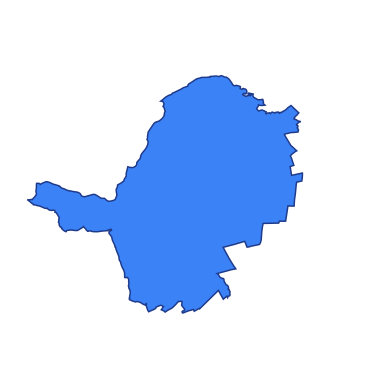 outline of General Berthelot, Hunedoara, Romania, rotated 321°
{"feature_id": "2599482B14034373036308", "entity_name": "General Berthelot", "entity_type": "district", "adm_level": 2, "iso_a3": "ROU", "parent_name": "Romania", "parent_adm1": "Hunedoara", "projection": "equal_earth", "projection_center": [22.874, 45.611], "detail": "fine", "context": "isolated", "style": "filled", "palette": "blue", "viewbox_px": 384, "rotation_deg": 321, "n_neighbors": 0, "source": "geoboundaries", "source_scale": "gbopen_adm2", "svg_char_len": 5984}
<svg xmlns="http://www.w3.org/2000/svg" viewBox="0 0 384 384"><g transform="rotate(321 192 192)"><path d="M299.3,225.9L298.1,217.9L299.8,206.0L300.3,205.3L306.3,208.1L309.9,210.7L312.3,212.1L312.9,211.2L313.7,211.0L313.9,210.5L314.1,209.3L313.9,208.6L314.0,208.3L315.0,208.2L315.9,207.4L315.9,206.6L315.5,206.2L315.4,205.9L315.6,205.4L318.6,205.0L319.3,205.1L320.1,205.6L320.4,205.5L320.4,204.9L320.2,204.7L319.3,204.0L318.6,201.8L317.3,199.2L319.9,198.3L321.5,198.3L324.8,197.7L323.4,187.1L319.6,186.8L317.7,187.1L316.3,187.1L312.6,186.6L312.6,186.4L311.5,186.5L310.4,185.5L309.6,186.0L309.5,185.9L309.2,183.9L308.7,183.8L307.3,182.8L306.5,182.9L306.1,182.7L305.9,182.5L305.7,182.0L305.3,181.5L305.1,181.0L304.5,180.3L302.2,180.3L302.1,180.1L302.2,179.7L302.1,179.2L300.8,178.6L300.3,178.1L299.1,178.0L298.7,177.7L298.7,177.4L300.1,176.3L299.5,175.3L299.2,174.5L298.2,172.6L297.8,172.2L297.2,171.8L295.0,171.2L294.7,170.9L294.6,167.9L296.9,167.2L298.7,166.2L298.9,167.0L299.1,167.3L301.4,169.2L303.4,170.4L303.1,168.2L303.4,167.6L304.3,166.9L304.7,165.8L305.2,164.9L305.2,164.6L304.9,164.1L303.9,163.9L302.4,162.6L301.5,162.2L300.9,160.8L299.5,157.0L299.8,155.7L300.2,155.0L300.9,154.8L301.2,154.4L300.9,153.9L298.0,150.5L297.6,150.5L297.4,151.0L297.5,151.4L299.0,153.2L299.1,153.5L298.7,153.9L298.2,153.9L295.7,151.9L294.5,152.0L294.0,151.4L292.7,148.6L292.8,148.1L294.3,147.9L295.2,149.5L295.5,149.7L295.9,149.6L298.0,148.3L298.5,146.6L298.2,145.5L297.3,144.6L297.3,144.2L297.1,143.9L296.6,143.6L295.4,143.6L294.6,142.2L294.5,141.9L294.8,141.5L295.8,140.9L295.9,140.4L295.7,140.0L294.4,138.1L293.3,136.8L292.4,136.6L291.9,136.2L291.2,134.8L291.3,134.2L291.1,134.1L291.6,132.1L291.8,127.4L291.1,124.6L289.5,122.9L288.6,120.9L287.9,120.0L287.0,119.6L285.6,119.3L284.3,117.6L283.4,116.8L278.9,113.7L278.4,114.1L278.1,114.1L277.5,113.5L277.6,113.4L277.4,113.3L275.8,112.3L271.3,108.8L269.7,108.4L268.1,107.5L266.2,106.9L260.4,106.4L257.7,106.0L256.2,106.3L255.8,107.0L255.1,107.0L250.8,105.5L247.4,105.0L240.1,103.3L239.3,102.9L237.0,103.2L235.1,102.3L231.4,101.7L226.0,101.8L224.9,101.7L226.2,103.4L226.3,104.1L225.7,105.8L224.7,106.7L223.3,107.3L223.4,108.1L223.2,109.4L221.8,112.6L221.4,112.6L220.4,113.2L219.3,114.2L219.4,114.3L218.9,114.9L216.5,115.8L215.3,116.1L211.3,116.2L207.5,114.8L205.5,114.8L195.7,117.8L192.3,120.9L191.7,121.8L190.9,122.4L190.0,122.9L190.0,124.6L188.2,126.7L187.6,127.2L184.5,128.8L182.3,129.5L178.2,130.3L176.5,130.8L175.5,131.3L174.1,132.3L173.3,133.1L172.8,133.3L167.8,134.3L166.3,135.8L165.7,136.2L163.6,136.4L161.8,136.0L161.1,135.6L159.1,133.6L158.0,132.0L152.7,136.0L150.8,138.3L148.1,139.2L147.0,139.7L145.9,140.5L142.6,140.4L138.6,139.7L137.2,141.1L134.8,142.2L134.1,143.0L131.8,146.9L130.7,147.8L127.5,149.5L126.0,149.2L123.6,148.2L121.2,146.6L120.4,144.6L120.1,142.0L117.4,139.6L116.2,135.8L115.1,133.0L113.8,131.7L105.7,128.2L104.0,126.3L103.7,125.1L104.1,123.3L104.0,122.6L103.6,121.4L103.1,120.4L102.2,119.3L100.2,117.2L98.5,115.0L97.4,113.9L95.8,111.6L94.9,109.5L94.1,108.5L93.9,107.8L93.3,107.3L93.1,106.8L92.8,104.1L92.5,104.1L92.1,102.8L89.0,98.4L87.2,94.7L85.7,92.7L84.9,92.1L80.6,90.8L78.8,90.6L78.9,90.2L78.9,89.7L78.7,89.3L77.6,88.1L76.9,87.8L76.6,87.5L74.8,89.4L74.2,90.3L71.0,93.4L70.0,95.5L69.0,96.2L68.9,96.1L66.8,96.8L64.6,97.0L63.1,97.4L62.9,97.3L62.4,96.6L60.4,95.6L59.2,94.3L59.8,96.6L60.3,99.4L61.0,102.0L60.8,102.2L62.3,103.7L63.5,105.6L64.3,106.4L65.1,107.6L67.0,111.3L67.6,112.2L68.2,112.9L69.3,113.6L69.2,114.2L69.7,116.1L70.2,116.8L71.3,117.9L73.4,119.3L73.6,120.0L73.5,120.9L72.7,121.6L73.5,122.5L72.7,128.5L72.3,128.5L69.0,131.7L69.1,132.6L69.0,133.0L68.5,133.6L68.0,134.0L67.6,136.4L68.1,136.8L68.3,137.5L68.1,137.9L67.7,138.2L67.7,138.8L68.0,140.9L68.7,143.0L69.3,143.6L70.0,143.1L70.6,143.2L74.0,145.3L77.2,148.6L78.9,149.9L84.7,150.7L85.9,150.5L86.1,154.1L85.9,155.2L86.2,156.8L86.5,157.1L87.5,157.5L88.2,158.0L89.1,159.1L90.1,160.5L93.4,163.3L97.7,165.9L102.2,169.0L102.3,168.6L105.6,169.9L105.6,170.6L105.4,171.1L104.6,170.9L104.5,170.6L102.6,170.8L102.1,171.1L101.4,172.2L101.5,174.7L101.2,176.5L99.8,179.4L99.1,182.2L98.7,184.0L97.9,185.7L97.7,186.3L97.9,186.3L97.9,186.7L97.7,187.3L96.7,189.1L96.5,189.9L94.9,195.0L94.4,196.4L92.7,199.0L92.5,199.8L92.6,200.9L91.2,204.0L90.4,206.5L89.6,210.3L88.8,212.2L85.9,216.1L86.7,217.0L88.0,217.6L88.1,218.5L87.9,219.6L87.5,220.6L86.3,221.8L85.7,223.1L83.5,225.0L82.2,227.5L82.4,228.1L81.3,230.5L80.0,232.0L76.4,235.2L76.6,235.3L75.9,235.9L75.7,236.2L75.8,236.7L77.2,239.4L78.9,241.9L80.2,242.4L81.7,244.2L82.7,246.2L83.2,248.0L84.4,250.3L86.7,249.7L84.9,251.4L83.2,256.0L83.0,257.8L88.9,259.4L90.5,259.6L91.9,258.9L95.5,260.0L96.6,260.5L97.8,263.1L94.0,264.2L95.4,267.0L95.5,268.4L98.8,268.7L102.9,269.5L104.6,269.6L108.4,269.2L112.6,268.5L113.3,269.2L115.2,270.5L115.3,270.8L115.2,271.2L112.9,273.2L112.6,273.8L112.5,275.1L112.6,277.0L112.3,278.8L111.7,279.1L111.3,279.1L109.9,278.7L109.1,278.7L108.7,279.0L108.6,279.7L108.7,280.3L114.1,282.0L119.2,284.2L118.7,286.1L124.3,287.0L124.3,287.6L150.6,285.1L148.8,295.0L153.5,294.9L153.2,296.5L154.1,296.0L154.7,295.9L155.1,295.9L156.0,296.4L156.9,295.8L158.0,294.1L158.8,293.5L159.1,291.6L159.5,291.1L159.5,290.9L159.0,290.6L159.0,290.2L159.9,289.6L160.7,288.4L160.8,286.8L160.2,285.6L160.2,285.0L160.6,283.2L160.7,281.8L161.8,280.0L162.0,279.4L161.9,278.9L161.1,278.3L161.0,277.6L160.4,276.9L160.1,275.3L160.6,272.6L160.5,271.9L160.2,271.2L173.6,277.1L177.7,279.3L178.0,274.8L179.0,267.2L180.4,259.6L181.4,254.6L192.0,259.4L201.9,263.5L200.1,269.5L202.3,270.8L203.8,271.3L211.1,275.1L211.8,275.1L213.4,274.4L215.6,272.8L221.2,266.8L225.6,262.7L227.5,261.2L239.8,270.7L241.6,269.7L246.4,273.6L257.9,263.1L258.9,264.2L261.6,266.5L262.4,267.2L262.7,267.0L266.7,262.6L271.0,258.6L278.2,251.3L279.5,250.2L284.3,252.6L286.4,250.6L289.4,247.3L289.7,246.7L280.0,241.8L280.2,241.1L284.3,234.0L287.9,235.4L290.5,228.6L291.2,225.8L293.5,225.5L298.0,225.6L299.3,225.9Z" fill="#3b82f6" stroke="#1e3a8a" stroke-width="1.5"/></g></svg>